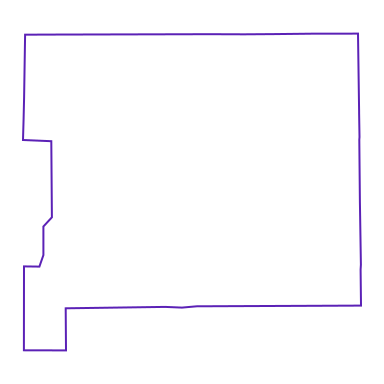 St. Joseph, Indiana, United States of America
{"feature_id": "52423323B40816169935337", "entity_name": "St. Joseph", "entity_type": "district", "adm_level": 2, "iso_a3": "USA", "parent_name": "United States of America", "parent_adm1": "Indiana", "projection": "albers", "projection_center": [-86.288, 41.597], "detail": "fine", "context": "isolated", "style": "outline", "palette": "violet", "viewbox_px": 384, "rotation_deg": 0, "n_neighbors": 0, "source": "geoboundaries", "source_scale": "gbopen_adm2", "svg_char_len": 542}
<svg xmlns="http://www.w3.org/2000/svg" viewBox="0 0 384 384"><path d="M361.0,305.6L360.6,269.6L360.9,264.7L359.9,201.8L359.3,139.8L359.5,137.1L359.1,112.8L359.1,111.0L358.0,33.6L340.8,33.7L312.9,33.7L312.6,33.7L310.9,33.7L274.2,34.1L246.2,34.3L240.1,34.3L211.7,34.2L206.7,34.2L41.3,34.6L28.6,34.7L25.1,34.7L24.1,97.4L23.6,118.8L23.0,140.0L51.3,141.2L51.9,217.3L43.4,226.5L43.4,255.1L39.4,266.6L24.0,266.4L23.9,350.3L66.0,350.4L65.7,308.3L165.1,306.9L182.0,307.6L196.7,306.3L361.0,305.6Z" fill="none" stroke="#5b21b6" stroke-width="2"/></svg>